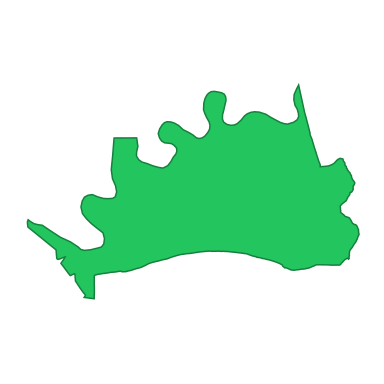 the district of Prajesti, Bacau, Romania, rotated 88°
{"feature_id": "2599482B9126980716668", "entity_name": "Prajesti", "entity_type": "district", "adm_level": 2, "iso_a3": "ROU", "parent_name": "Romania", "parent_adm1": "Bacau", "projection": "mercator", "projection_center": [26.984, 46.653], "detail": "fine", "context": "isolated", "style": "filled", "palette": "green", "viewbox_px": 384, "rotation_deg": 88, "n_neighbors": 0, "source": "geoboundaries", "source_scale": "gbopen_adm2", "svg_char_len": 5903}
<svg xmlns="http://www.w3.org/2000/svg" viewBox="0 0 384 384"><g transform="rotate(88 192 192)"><path d="M263.8,37.2L263.2,37.4L262.5,37.4L262.0,37.3L261.5,37.0L260.5,36.9L259.9,37.0L258.3,36.8L256.5,36.5L255.7,36.1L253.2,34.0L250.8,32.4L249.6,31.7L248.0,30.3L247.2,29.8L245.4,29.0L245.3,28.7L244.7,28.6L244.3,28.4L243.6,28.1L242.9,27.9L241.3,27.1L240.5,26.6L240.0,26.5L239.7,26.6L239.1,26.8L238.4,26.8L237.8,26.9L236.6,26.9L235.8,26.9L235.1,27.0L234.7,27.3L234.1,27.5L232.6,28.0L231.2,28.7L230.9,29.0L230.6,29.4L230.4,29.7L230.2,30.3L230.1,30.9L229.9,31.2L229.4,31.8L229.2,32.2L228.9,32.7L228.7,32.8L227.2,33.5L226.2,33.9L224.6,34.9L223.5,35.5L223.3,35.8L223.0,36.3L222.4,37.9L222.0,39.0L221.9,39.5L221.3,40.2L221.0,40.4L220.5,40.8L220.1,41.1L219.8,41.6L219.4,42.0L218.2,43.5L217.6,44.1L217.4,44.2L217.2,44.2L215.6,44.0L215.3,44.1L215.0,44.3L214.8,44.3L213.8,44.2L213.2,44.2L212.8,44.2L212.1,44.4L211.7,44.5L211.1,44.3L210.4,43.6L209.5,42.8L208.6,41.7L207.7,40.4L206.2,38.3L205.1,37.6L204.0,37.3L203.8,37.1L203.5,36.8L202.9,36.6L202.3,36.2L201.6,35.6L200.8,35.0L200.1,34.5L199.7,34.3L199.1,34.2L198.5,34.2L198.1,34.1L197.8,33.5L197.9,33.1L197.6,32.4L196.2,31.4L194.9,30.8L193.8,30.8L192.6,30.9L191.6,30.5L191.2,30.4L191.0,30.2L190.7,29.8L190.5,29.7L189.9,29.5L189.4,29.2L189.2,29.1L188.6,29.1L188.3,29.1L188.1,29.1L187.8,29.3L186.6,30.1L185.9,30.6L185.4,31.0L184.4,31.4L182.8,32.0L181.2,32.1L180.1,32.8L179.4,33.2L178.7,33.4L178.2,33.5L177.9,33.8L177.4,34.4L176.3,35.1L175.3,35.8L174.4,36.0L173.9,36.5L173.5,36.8L173.2,36.7L172.8,36.8L172.5,36.9L172.0,36.9L171.6,37.2L171.1,37.8L170.8,38.1L170.3,38.2L169.4,38.1L168.6,38.2L167.9,38.5L167.0,39.1L166.3,39.5L165.5,39.8L164.4,39.9L163.6,42.3L163.6,43.1L163.9,43.9L164.7,44.8L164.6,45.3L165.2,45.9L166.5,47.2L168.2,48.9L168.9,50.1L169.5,51.3L170.0,52.6L170.4,53.7L170.7,54.6L170.8,55.3L171.0,58.2L171.2,63.0L170.2,62.9L169.6,62.9L167.7,63.4L167.3,63.6L167.0,63.8L166.4,64.0L163.8,64.8L162.1,65.2L161.2,65.5L160.4,65.8L158.7,66.2L157.9,66.4L157.0,66.6L154.4,67.4L151.6,68.2L148.9,68.9L146.9,69.4L143.7,70.2L138.8,72.0L137.2,72.0L131.5,73.2L120.4,75.7L116.8,76.6L88.8,81.7L92.3,83.7L98.1,86.5L103.2,87.0L109.0,86.0L113.0,83.9L117.3,82.9L120.4,82.8L123.4,84.3L125.8,87.9L127.5,94.2L126.8,97.9L125.5,101.4L122.8,106.1L119.8,111.2L116.9,115.4L114.5,122.0L114.0,126.6L114.4,130.3L115.8,134.1L117.8,136.9L121.7,140.2L125.2,144.3L126.5,147.4L126.7,150.7L125.8,154.5L123.2,158.0L120.1,159.0L116.0,158.8L111.3,157.4L106.0,156.0L101.6,154.8L98.2,155.0L95.4,156.3L93.9,158.8L93.0,162.3L92.2,166.1L92.4,169.4L93.9,172.0L95.6,173.7L99.0,175.7L103.6,177.1L110.2,177.6L114.4,176.3L118.4,174.6L122.7,172.4L126.3,171.7L130.0,172.3L133.3,174.3L136.4,177.0L138.3,180.0L138.8,183.0L138.0,185.7L135.1,189.0L132.4,193.2L129.4,198.7L125.0,203.1L122.5,207.2L121.2,211.0L120.9,214.6L121.8,217.2L123.9,219.5L127.8,222.1L132.4,223.7L136.8,222.6L140.0,220.6L141.9,217.7L142.4,213.9L143.0,210.7L144.7,208.3L147.4,206.0L150.6,205.7L153.3,206.7L156.7,209.6L160.7,211.9L164.9,215.4L167.1,220.2L166.3,224.3L164.5,230.1L162.0,235.9L160.3,241.0L157.8,244.2L154.2,246.2L150.2,246.0L144.6,244.5L136.0,245.4L135.3,268.0L153.5,270.1L166.8,271.9L176.0,271.0L183.1,268.2L189.3,267.3L194.1,268.9L195.6,271.5L195.7,275.9L195.4,280.5L193.6,286.3L191.1,291.7L191.6,296.0L193.4,299.7L197.4,302.1L203.1,303.5L209.8,302.2L215.2,298.3L219.9,293.9L224.4,288.7L229.7,282.4L235.6,281.1L240.8,282.0L243.8,284.4L244.8,288.6L246.2,295.4L246.6,301.6L245.5,305.2L243.1,307.5L237.5,315.4L232.7,325.0L226.1,334.4L220.0,342.8L219.3,346.9L218.2,350.9L215.5,355.0L214.0,356.7L215.8,357.5L218.1,357.5L221.3,357.2L245.1,329.9L251.4,329.6L253.5,329.5L253.9,329.3L254.3,329.0L254.6,328.6L254.6,327.9L254.3,326.4L254.0,325.4L253.4,324.1L253.0,322.8L252.5,321.1L254.8,322.5L257.1,324.3L258.8,325.5L261.5,323.5L268.9,318.4L271.2,316.7L271.3,316.3L270.1,313.8L269.7,312.6L269.6,312.2L269.9,311.9L271.3,311.8L276.8,311.6L281.0,309.1L283.8,307.4L288.5,304.3L289.4,303.6L290.3,302.8L291.9,302.1L293.6,303.5L294.8,296.4L295.2,293.9L295.2,293.4L293.1,293.4L289.5,293.1L287.1,293.0L284.4,292.9L281.4,292.9L276.5,292.7L274.2,292.7L272.8,292.6L271.8,292.2L271.0,289.0L270.8,286.8L270.3,283.5L270.3,282.6L270.0,279.9L269.7,277.2L269.5,276.6L269.3,271.9L269.0,269.3L268.7,267.3L268.5,266.1L269.2,265.0L269.3,264.1L269.3,262.7L269.3,261.4L269.2,260.5L268.9,259.2L268.6,258.2L268.5,257.1L268.3,256.1L267.7,253.9L266.8,250.9L266.5,249.5L266.1,247.7L265.9,246.9L265.3,244.9L263.7,241.1L262.4,238.5L261.7,236.6L261.2,234.9L260.7,232.7L260.3,231.0L260.0,229.1L259.4,226.4L258.9,224.5L258.6,223.0L257.9,218.9L257.0,216.6L255.9,212.9L255.4,211.0L254.9,209.1L254.1,205.4L254.0,204.3L253.9,203.0L253.7,201.5L253.5,199.8L253.4,198.5L253.4,196.8L253.1,194.0L252.6,190.1L252.5,188.6L252.2,186.7L252.1,185.0L252.0,183.4L251.9,182.0L251.8,181.0L251.8,179.6L251.7,179.0L251.7,177.7L251.7,176.1L251.9,174.5L252.0,173.3L252.0,171.4L252.1,170.2L252.0,169.1L252.1,166.7L252.4,165.1L252.4,164.6L252.3,163.9L252.2,163.4L252.3,163.0L252.5,161.7L252.5,160.9L252.7,159.3L252.8,157.7L253.2,155.4L253.5,153.0L253.9,150.3L254.8,144.4L255.4,141.2L255.7,139.3L256.9,136.6L257.6,134.7L258.1,133.5L258.7,131.1L259.1,130.0L259.6,129.3L259.7,128.7L259.7,127.8L260.1,126.2L260.7,124.4L261.0,123.5L261.3,121.7L262.0,119.6L262.2,118.6L262.9,116.1L264.5,111.7L265.2,109.9L266.0,108.1L266.7,106.6L267.5,105.3L267.7,104.7L268.1,104.4L268.6,104.2L269.2,103.9L269.7,103.5L270.4,102.6L271.0,102.1L271.0,100.7L272.2,98.0L272.9,96.8L273.2,96.0L273.5,94.8L273.7,93.6L273.7,92.5L273.5,90.8L273.4,89.4L273.3,87.4L273.0,86.0L272.9,84.9L272.9,84.0L272.9,83.0L272.7,81.5L272.4,80.1L272.0,77.7L271.6,76.5L271.1,75.4L270.0,72.4L269.3,70.9L269.1,70.0L269.1,68.9L269.4,62.8L269.6,58.5L269.9,56.0L270.0,53.7L270.1,50.4L270.1,49.0L270.2,47.7L270.1,46.8L269.1,45.6L268.3,45.0L266.6,43.2L265.0,41.7L263.5,38.8L264.6,37.9L263.8,37.2Z" fill="#22c55e" stroke="#15803d" stroke-width="1.5"/></g></svg>